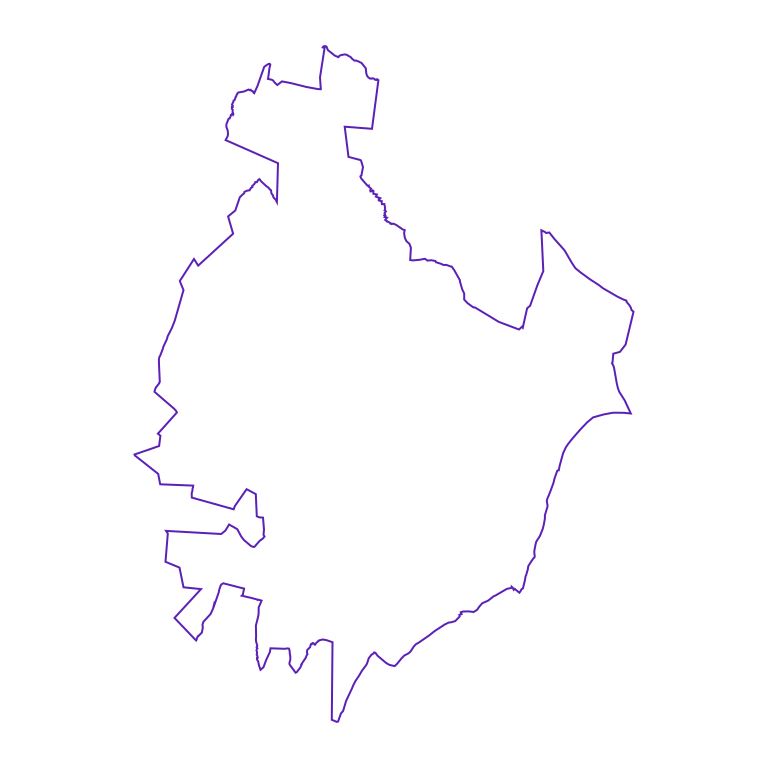 outline of Jiquipilco, México, Mexico
{"feature_id": "50627088B46383700668676", "entity_name": "Jiquipilco", "entity_type": "district", "adm_level": 2, "iso_a3": "MEX", "parent_name": "Mexico", "parent_adm1": "México", "projection": "equal_earth", "projection_center": [-99.652, 19.592], "detail": "fine", "context": "isolated", "style": "outline", "palette": "violet", "viewbox_px": 768, "rotation_deg": 0, "n_neighbors": 0, "source": "geoboundaries", "source_scale": "gbopen_adm2", "svg_char_len": 6060}
<svg xmlns="http://www.w3.org/2000/svg" viewBox="0 0 768 768"><path d="M241.8,595.7L251.2,597.9L256.8,599.4L257.6,600.0L258.4,599.7L261.6,600.6L258.7,607.3L258.6,613.7L258.2,616.4L255.9,625.5L256.1,636.4L255.9,639.7L256.2,641.9L257.3,645.9L256.8,646.6L256.6,647.3L257.4,648.3L256.8,649.1L256.5,650.3L257.1,652.7L256.7,654.7L257.4,655.8L257.6,657.5L257.6,657.9L257.0,657.9L256.9,658.9L257.3,660.1L258.1,661.1L258.9,665.1L260.5,669.8L263.5,667.2L266.2,659.9L269.9,652.0L270.5,648.3L285.0,648.8L287.0,648.4L289.0,648.6L289.6,650.8L289.8,653.5L290.3,656.2L290.3,659.7L289.4,663.1L289.6,664.5L295.6,672.7L296.7,672.2L300.1,667.8L301.6,664.8L301.3,664.4L305.8,657.7L306.5,655.6L307.5,654.0L306.9,652.4L307.2,650.3L307.4,649.8L310.0,647.3L310.9,644.2L311.8,644.2L312.3,643.2L312.9,643.0L313.6,643.3L314.6,644.7L315.1,644.7L316.2,643.0L317.9,641.5L318.4,640.7L318.9,640.8L319.7,640.2L322.7,639.5L326.3,640.1L332.5,642.2L331.8,719.8L336.9,721.9L338.1,721.5L340.9,713.5L343.1,711.0L346.1,700.9L352.0,688.4L353.2,685.4L355.6,680.8L359.3,675.3L361.9,670.8L366.3,664.9L367.0,663.6L368.8,658.1L371.4,654.8L373.5,653.5L374.2,652.4L375.5,652.9L377.5,655.7L385.8,662.7L387.8,664.0L389.9,665.0L394.7,666.1L397.0,663.9L401.5,658.4L404.2,655.6L408.9,653.1L410.7,651.3L413.7,646.6L415.9,644.2L418.5,642.8L429.3,635.3L434.6,631.1L444.7,624.5L448.6,622.6L451.1,622.3L455.2,621.1L459.7,616.5L459.4,614.8L461.6,614.1L460.8,612.2L463.3,611.5L468.8,611.4L473.6,612.0L476.9,610.0L479.5,606.4L482.3,603.2L488.2,600.6L493.6,596.3L495.5,595.5L506.8,588.9L511.4,587.9L511.7,587.6L511.7,586.8L512.7,587.7L513.7,589.8L514.6,588.8L519.4,592.7L520.5,591.3L521.6,589.1L522.9,588.5L524.9,580.4L525.6,576.2L526.3,574.8L527.1,571.5L527.6,570.4L528.3,566.1L531.8,560.6L533.4,558.3L534.3,557.7L534.6,556.9L534.7,555.8L534.3,552.9L534.4,550.5L535.5,544.6L536.3,541.6L539.9,536.0L542.7,529.0L543.8,524.7L544.9,518.5L544.9,515.3L547.5,506.5L547.5,505.0L546.9,501.8L546.8,500.5L547.3,498.9L550.2,491.8L553.3,483.4L554.7,478.0L557.2,470.9L557.7,470.4L558.7,470.4L559.7,465.6L563.1,453.2L565.8,447.4L568.1,444.0L572.1,438.9L580.6,429.2L587.3,422.2L593.1,417.4L603.9,414.4L613.1,412.7L623.8,412.8L630.8,413.5L624.7,400.4L619.3,391.9L618.0,388.5L616.8,383.5L614.1,368.1L613.5,366.0L612.0,363.2L612.5,362.7L613.3,353.7L619.9,351.9L625.6,344.6L633.5,311.8L632.5,310.7L631.6,310.2L630.8,307.6L629.4,305.2L626.6,301.9L626.4,300.6L623.1,299.4L617.0,296.4L602.9,288.2L598.9,285.1L589.7,279.1L580.4,272.3L575.3,268.1L571.7,262.6L564.5,250.3L554.2,238.7L549.3,232.5L546.0,233.0L545.0,232.0L541.4,230.3L543.3,271.1L537.4,285.2L530.1,305.8L527.1,308.3L522.8,327.7L522.0,326.7L519.0,329.5L498.8,321.9L474.9,307.4L473.4,307.4L467.6,303.2L464.2,299.6L464.2,293.6L462.1,289.0L460.0,281.6L459.9,280.2L454.1,269.9L451.7,266.6L451.0,266.6L446.7,265.0L443.1,264.9L441.6,264.0L436.0,262.2L435.4,261.0L431.1,260.2L427.5,260.6L425.0,258.8L419.4,259.8L412.7,260.4L410.2,260.0L410.9,247.7L409.4,243.8L406.4,241.1L404.8,237.7L404.1,233.1L404.7,230.1L402.8,229.5L396.0,224.8L393.1,223.6L391.8,224.1L390.7,223.7L390.9,223.4L387.3,221.3L387.1,221.5L385.2,219.9L387.0,217.7L384.6,217.0L385.4,215.9L384.3,215.2L385.1,214.3L384.5,213.1L385.9,211.4L384.9,210.5L385.2,210.4L384.8,206.1L384.3,204.0L382.0,204.2L381.6,202.5L381.8,201.2L378.8,200.5L378.8,199.1L379.5,199.1L380.3,198.2L375.9,196.6L376.9,194.5L373.4,193.8L373.4,190.8L372.7,190.4L371.7,191.3L370.5,191.4L370.2,190.3L371.1,188.7L369.1,187.0L368.8,185.6L368.1,186.0L367.7,185.8L366.2,184.2L361.3,178.6L360.4,176.6L360.6,176.0L361.4,175.5L363.0,167.1L361.2,161.1L360.6,160.1L348.5,156.9L344.7,126.7L372.0,128.8L378.4,80.2L377.1,79.2L376.4,80.0L374.8,79.6L374.5,78.9L372.8,78.3L372.0,78.6L371.9,78.4L370.0,78.6L368.0,77.1L366.9,75.4L366.3,73.4L365.8,68.4L361.6,63.0L357.9,61.2L356.2,60.6L354.5,60.6L352.3,59.0L350.8,57.2L346.7,54.8L344.7,54.4L341.0,55.1L339.4,55.8L338.4,57.2L336.6,56.4L334.6,55.5L327.8,50.0L326.7,47.0L325.6,46.1L324.4,46.1L323.4,46.5L322.8,47.4L324.6,47.8L320.0,77.4L320.8,89.2L318.0,89.1L306.1,86.9L291.3,83.2L282.0,81.4L277.3,85.0L275.2,83.1L273.0,80.4L271.6,79.7L267.9,78.9L268.2,77.8L269.4,68.5L270.3,64.5L269.7,63.8L269.2,63.8L267.3,64.6L264.2,66.9L257.4,86.2L254.2,93.2L253.4,92.6L253.2,91.5L251.0,90.5L250.7,89.8L249.7,90.2L248.6,89.5L244.0,91.5L238.4,92.5L237.3,93.4L237.2,94.2L236.7,94.8L236.0,96.7L235.6,97.0L235.5,97.6L234.5,100.2L233.6,100.6L233.5,101.3L232.0,104.6L232.5,105.1L232.8,106.8L231.9,106.8L231.9,108.9L232.7,109.7L232.6,111.9L233.4,114.1L233.0,114.9L232.1,113.8L231.6,114.7L230.9,115.0L230.8,115.7L229.7,118.4L228.6,118.7L226.4,124.2L226.4,127.0L227.7,130.5L228.0,133.5L227.9,135.2L227.5,136.5L225.6,140.1L278.0,163.2L276.9,202.1L275.4,199.3L274.7,198.8L273.3,197.0L273.1,195.5L271.5,193.6L271.0,190.2L270.2,189.8L268.2,187.4L266.6,186.4L261.0,181.2L259.5,179.1L257.9,180.3L256.9,182.2L255.3,182.1L254.6,183.7L252.1,186.2L252.4,187.1L250.8,188.1L249.6,190.3L247.2,190.6L244.4,191.9L244.1,193.4L242.4,194.7L239.8,197.3L235.3,210.5L228.1,216.4L233.1,233.7L198.2,265.6L194.0,259.0L179.8,281.0L183.5,290.1L174.8,320.5L171.8,328.2L167.6,336.4L167.0,338.9L163.3,346.9L162.9,348.6L160.1,355.9L159.4,356.8L158.9,359.4L159.0,364.7L159.8,381.9L159.1,382.9L159.2,383.3L155.8,387.6L154.9,389.9L154.5,391.8L174.3,408.9L176.2,411.0L176.9,412.5L157.9,433.7L160.4,435.7L159.1,446.0L134.5,454.5L134.9,455.5L158.2,473.9L160.2,484.3L193.2,485.6L193.0,487.3L192.5,488.8L192.4,490.8L191.7,493.1L191.8,497.6L233.7,509.3L234.9,506.0L246.6,489.2L255.8,494.1L256.8,516.3L259.5,517.4L263.0,517.6L264.0,529.6L263.5,534.8L264.5,536.5L262.9,538.5L259.5,541.0L254.5,546.8L253.9,547.0L251.8,546.4L250.7,545.8L243.9,540.0L241.2,536.5L237.3,529.2L229.1,524.5L225.4,530.6L221.2,534.0L166.1,530.9L167.8,533.5L165.5,561.8L179.5,567.6L183.5,587.3L201.0,589.1L174.5,617.9L196.0,640.4L196.2,640.5L197.4,637.1L198.2,635.9L198.5,636.0L201.9,632.5L202.8,627.6L202.5,624.8L203.4,621.8L210.6,614.0L213.1,608.5L214.1,604.4L214.3,605.1L218.6,592.8L219.4,589.2L220.6,585.6L221.7,584.2L223.3,583.3L244.1,588.6L242.8,594.7L241.8,595.7Z" fill="none" stroke="#5b21b6" stroke-width="2"/></svg>